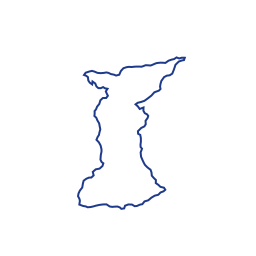 Canelinha, Santa Catarina, Brazil (Robinson projection), rotated 218°
{"feature_id": "56859067B33823737687392", "entity_name": "Canelinha", "entity_type": "district", "adm_level": 2, "iso_a3": "BRA", "parent_name": "Brazil", "parent_adm1": "Santa Catarina", "projection": "robinson", "projection_center": [-48.796, -27.247], "detail": "fine", "context": "isolated", "style": "outline", "palette": "blue", "viewbox_px": 256, "rotation_deg": 218, "n_neighbors": 0, "source": "geoboundaries", "source_scale": "gbopen_adm2", "svg_char_len": 2318}
<svg xmlns="http://www.w3.org/2000/svg" viewBox="0 0 256 256"><g transform="rotate(218 128 128)"><path d="M133.2,213.5L134.1,210.7L135.9,208.5L137.5,206.0L138.6,202.3L140.4,201.1L142.6,199.5L144.2,198.0L145.7,196.4L147.4,193.3L148.6,191.2L150.4,190.0L152.7,188.4L154.9,184.8L157.9,182.6L160.3,180.6L162.9,178.1L164.9,176.8L166.6,175.0L168.4,172.3L168.7,168.6L167.7,164.6L169.7,162.0L171.9,161.4L174.6,160.0L177.4,159.4L179.3,158.4L181.0,156.5L183.4,154.3L186.1,152.6L189.2,151.8L191.6,150.8L193.4,148.5L195.4,145.5L195.3,142.7L193.1,143.4L190.9,143.4L188.5,141.0L186.1,140.2L183.1,140.3L184.6,142.8L181.2,142.9L178.4,141.3L175.9,141.2L174.0,142.6L172.8,144.9L170.6,145.1L168.3,146.3L168.0,143.2L166.2,142.2L163.7,141.0L163.7,138.2L166.3,136.1L166.8,132.8L165.4,129.2L165.5,125.8L164.7,123.1L164.7,120.7L163.2,118.9L161.9,116.8L159.4,116.6L156.7,115.1L153.6,113.9L151.0,111.6L149.0,109.9L147.8,107.0L146.6,104.6L146.4,102.2L145.6,99.3L142.2,98.8L138.9,97.4L135.9,95.0L134.4,93.2L132.7,89.8L130.2,86.1L127.8,84.9L125.7,85.0L124.7,82.3L125.4,78.5L128.0,75.5L128.7,71.7L125.9,69.5L126.4,66.4L128.2,64.9L129.6,62.4L130.5,59.2L129.4,56.6L127.4,52.9L127.4,49.1L126.7,46.0L125.4,43.5L122.7,42.3L121.1,41.0L119.2,37.7L115.4,38.9L113.0,40.2L111.0,40.7L108.7,42.8L107.0,44.9L105.5,47.0L103.0,50.0L100.6,52.4L97.9,54.6L94.1,54.9L91.9,56.1L90.3,57.6L88.0,59.6L85.6,60.4L83.5,60.2L81.5,62.3L82.5,64.9L80.7,67.9L77.8,70.1L74.6,70.5L73.0,72.0L71.3,75.1L69.8,76.8L69.8,80.3L67.5,83.5L66.7,87.4L65.3,91.1L63.0,94.1L62.7,97.2L61.0,100.0L60.6,102.3L62.9,103.1L66.2,101.6L69.2,101.9L72.2,101.7L74.0,104.2L77.0,104.5L79.9,105.1L82.2,107.5L84.6,109.0L87.0,108.9L89.2,109.0L92.0,109.4L94.3,110.4L96.5,111.5L100.0,113.4L103.0,116.5L104.2,120.3L106.4,120.8L107.9,122.6L109.6,125.4L111.7,128.0L114.1,130.1L116.5,129.7L118.2,131.6L117.6,136.2L116.1,139.3L116.3,141.8L118.6,144.5L118.7,147.9L119.5,150.0L121.5,150.5L123.9,150.0L126.5,151.1L128.4,153.7L130.5,150.2L133.5,151.1L136.6,151.3L135.9,153.8L133.7,156.6L131.8,159.5L130.6,163.6L129.5,168.0L129.2,172.4L126.7,176.4L126.4,178.8L128.2,180.3L129.6,182.9L130.7,185.7L130.9,190.3L129.6,193.2L127.6,195.2L126.6,198.1L127.5,201.3L128.4,204.0L129.5,207.0L128.9,211.6L127.1,214.4L125.7,216.0L126.5,218.3L128.9,216.5L130.5,214.3L133.2,213.5Z" fill="none" stroke="#1e3a8a" stroke-width="2"/></g></svg>